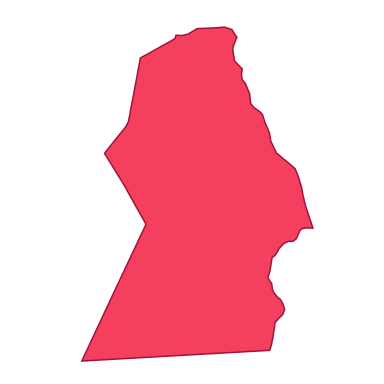 the Municipality of Murzuq, rotated 87°
{"feature_id": "LBY-2969", "entity_name": "Murzuq", "entity_type": "Municipality", "adm_level": 1, "iso_a3": "LBY", "parent_name": "Libya", "parent_adm1": "", "projection": "mercator", "projection_center": [15.489, 24.47], "detail": "fine", "context": "isolated", "style": "filled", "palette": "rose", "viewbox_px": 384, "rotation_deg": 87, "n_neighbors": 0, "source": "natural_earth", "source_scale": "10m", "svg_char_len": 2223}
<svg xmlns="http://www.w3.org/2000/svg" viewBox="0 0 384 384"><g transform="rotate(87 192 192)"><path d="M355.0,310.9L354.1,310.4L348.9,307.7L343.8,304.9L338.7,302.2L333.6,299.5L328.4,296.7L323.3,294.0L318.2,291.3L313.1,288.5L307.9,285.8L302.8,283.0L297.7,280.3L292.5,277.6L287.4,274.8L282.3,272.1L277.2,269.3L272.0,266.6L266.9,263.8L261.8,261.1L256.7,258.3L251.5,255.6L246.4,252.8L241.3,250.1L236.2,247.3L231.0,244.6L225.9,241.8L222.1,239.8L221.3,239.9L219.4,240.8L217.0,242.0L214.6,243.2L212.3,244.3L209.9,245.5L207.5,246.7L205.1,247.9L202.7,249.1L200.3,250.3L197.9,251.4L195.5,252.6L193.1,253.8L190.7,255.0L188.3,256.2L185.9,257.3L183.5,258.5L181.1,259.7L180.4,260.1L173.3,264.0L166.2,267.9L159.1,271.7L152.0,275.6L149.4,277.1L148.7,277.1L148.1,276.8L146.2,275.1L141.0,270.5L135.8,265.9L130.6,261.2L125.5,256.6L123.1,254.5L118.3,251.8L114.0,250.7L110.4,249.8L106.7,249.0L103.0,248.1L99.4,247.2L95.7,246.3L92.1,245.4L88.4,244.5L84.7,243.6L81.1,242.7L77.4,241.8L73.8,240.9L70.1,240.1L66.4,239.2L62.8,238.3L59.1,237.4L55.4,236.5L52.3,230.0L49.4,224.1L44.7,214.6L41.7,208.4L38.8,202.5L37.7,201.1L36.3,200.3L34.6,199.8L35.2,193.5L34.1,187.6L29.1,178.3L29.2,169.7L29.3,160.2L29.0,151.1L31.8,143.7L39.9,139.1L47.4,142.7L50.9,143.9L58.6,143.2L63.4,142.6L67.6,139.0L71.8,135.4L77.5,136.5L82.7,135.9L86.1,133.2L89.9,131.8L96.8,129.4L106.8,128.7L111.0,125.6L115.3,120.2L118.2,117.6L126.0,115.6L137.0,111.6L145.3,110.6L150.0,108.8L157.4,105.6L162.1,100.7L166.4,95.9L170.6,91.4L174.1,87.9L180.2,85.6L185.4,84.2L192.8,82.4L200.6,81.4L208.5,80.0L212.8,79.1L234.4,73.1L234.0,76.5L233.9,79.9L234.3,83.8L236.1,86.3L238.2,87.2L241.8,89.1L244.3,90.5L246.6,93.8L246.3,98.6L248.5,103.3L252.9,107.9L256.1,109.8L259.4,112.2L261.8,115.5L268.1,116.8L275.2,118.4L281.3,120.6L284.7,119.1L287.8,117.2L293.2,116.8L296.5,115.7L301.9,111.8L303.8,109.4L308.4,107.1L314.2,105.6L319.1,107.8L322.9,112.2L327.1,116.1L331.3,116.6L336.0,117.7L342.5,119.1L348.1,120.5L352.5,122.0L354.2,122.8L354.3,145.8L354.4,168.6L354.5,191.3L354.6,213.9L354.7,236.5L354.8,258.9L354.9,281.3L355.0,303.6L355.0,304.1L355.0,304.5L355.0,305.0L355.0,305.5L355.0,305.9L355.0,306.4L355.0,306.9L355.0,307.4L355.0,310.9Z" fill="#f43f5e" stroke="#9f1239" stroke-width="1.5"/></g></svg>